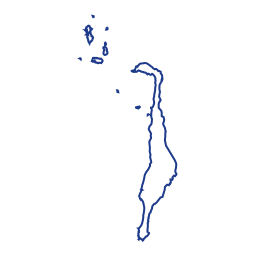 outline of Antique, Antique, Philippines
{"feature_id": "2640588B32523752073662", "entity_name": "Antique", "entity_type": "district", "adm_level": 2, "iso_a3": "PHL", "parent_name": "Philippines", "parent_adm1": "Antique", "projection": "equal_earth", "projection_center": [121.674, 11.308], "detail": "fine", "context": "isolated", "style": "outline", "palette": "blue", "viewbox_px": 256, "rotation_deg": 0, "n_neighbors": 0, "source": "geoboundaries", "source_scale": "gbopen_adm2", "svg_char_len": 5599}
<svg xmlns="http://www.w3.org/2000/svg" viewBox="0 0 256 256"><path d="M131.7,70.9L131.8,71.2L132.8,71.7L134.3,72.0L135.5,71.8L135.8,71.6L136.6,71.8L137.5,71.3L137.7,70.8L138.6,70.4L139.4,70.9L139.8,70.8L140.9,71.3L141.4,71.8L143.0,71.9L144.1,72.5L145.0,72.4L146.1,73.1L147.4,74.4L147.7,74.2L148.1,73.7L148.4,73.6L150.5,74.9L151.3,74.6L151.9,73.9L152.3,73.9L153.0,74.4L154.1,75.6L155.1,77.3L155.5,78.8L155.3,79.5L155.6,81.0L155.1,82.6L155.6,84.3L155.6,85.8L155.2,87.6L155.1,90.7L154.8,91.5L154.8,92.6L154.3,94.1L154.2,96.3L153.5,99.0L154.1,101.8L154.1,103.5L153.0,106.7L151.7,107.8L151.0,107.7L151.0,108.1L151.6,108.8L151.8,110.3L150.9,115.1L151.1,115.2L150.9,115.4L152.0,119.4L151.6,123.2L151.2,124.4L149.6,126.2L148.7,129.0L149.1,130.0L151.1,133.7L150.7,135.6L151.1,138.1L149.4,141.3L149.5,142.2L149.3,142.6L149.9,147.6L149.7,151.6L150.5,154.6L150.1,157.3L150.5,158.6L151.3,162.3L149.9,164.2L150.0,165.9L149.7,166.6L148.1,169.6L146.1,172.3L144.8,174.9L143.9,179.5L142.9,183.4L142.2,185.1L142.1,186.2L141.3,189.5L141.5,189.6L141.3,189.7L141.5,189.9L141.2,189.8L141.2,190.1L141.5,190.2L141.2,190.3L141.0,191.7L140.0,193.5L139.5,195.2L139.1,195.9L140.1,198.8L140.5,199.3L140.6,198.9L141.3,199.2L143.1,201.9L144.2,207.0L144.3,208.4L143.9,212.3L143.2,215.8L143.3,217.3L142.9,219.8L142.3,222.7L141.4,225.1L140.5,226.4L139.3,227.9L139.1,228.3L138.3,228.4L138.7,228.8L138.7,229.7L139.0,230.7L139.0,231.4L138.6,231.5L138.5,231.9L138.8,232.6L138.3,233.3L138.5,234.1L138.1,235.6L138.6,235.7L138.9,236.5L138.7,237.1L139.3,237.8L140.2,238.2L141.1,239.1L142.8,239.7L142.4,240.2L142.6,240.6L143.1,240.3L142.9,239.7L143.3,239.5L143.4,239.1L144.4,238.6L144.9,237.6L145.8,237.0L146.1,236.4L147.3,236.0L149.1,233.4L149.1,233.1L147.5,231.9L147.4,230.6L147.9,225.9L147.7,223.3L147.9,223.3L148.0,222.7L148.4,221.4L148.0,220.8L148.2,220.4L148.1,220.1L148.4,219.1L148.4,217.8L148.7,217.8L149.1,214.9L149.5,213.5L150.6,212.4L150.6,211.6L150.9,211.2L151.0,210.5L151.9,209.0L152.3,206.3L154.1,203.9L155.0,203.9L157.0,202.0L160.5,197.5L162.5,196.9L164.8,189.3L164.9,187.0L167.1,184.7L168.9,185.2L169.8,183.6L170.2,183.8L170.7,182.7L170.8,181.8L170.5,179.5L172.3,179.8L172.8,178.5L172.4,177.9L172.5,177.5L173.8,175.7L174.9,176.1L175.0,175.7L175.4,175.7L176.3,174.7L176.4,173.7L175.7,172.8L175.3,171.6L175.5,169.5L175.9,168.2L176.3,164.5L175.9,162.8L174.9,160.4L166.0,145.6L164.9,140.1L165.3,136.4L165.3,132.4L165.8,131.6L165.3,130.3L165.2,129.1L164.9,127.8L163.4,124.9L163.2,123.6L163.2,123.1L163.5,122.6L164.0,120.9L164.2,119.5L163.5,117.0L162.1,116.4L161.7,116.1L161.7,112.3L161.2,110.7L158.7,107.8L158.7,104.4L158.8,103.2L159.6,101.4L159.9,101.5L160.3,100.8L160.6,99.9L159.1,96.6L159.5,93.9L160.0,91.9L159.7,90.9L159.4,89.0L159.4,87.7L159.5,87.4L159.4,86.2L159.8,84.4L162.0,80.7L162.4,79.4L162.3,78.2L161.9,78.5L162.3,76.8L161.9,74.8L161.3,74.3L161.1,73.7L160.6,73.0L160.7,71.8L159.2,70.9L158.4,71.1L158.1,70.9L157.3,69.8L156.3,69.0L155.6,69.0L154.8,69.3L153.2,68.3L152.1,67.1L148.3,64.3L146.9,63.4L145.3,63.0L140.0,63.7L138.0,65.7L137.5,66.8L136.6,66.3L136.2,66.4L134.9,70.0L131.7,70.9ZM88.8,25.7L88.3,26.1L87.8,26.0L86.9,27.1L86.4,27.0L86.2,26.5L86.3,28.2L85.9,28.5L85.8,29.0L86.1,29.2L86.3,28.7L86.5,29.0L86.0,29.5L86.0,29.3L85.8,29.3L85.8,29.5L85.7,29.3L85.7,30.3L85.4,30.3L85.8,30.6L85.3,30.5L85.8,31.0L86.0,30.7L85.8,30.4L85.9,30.2L86.0,30.5L86.1,30.3L86.1,30.9L86.8,31.0L87.0,30.8L87.2,33.0L87.4,32.9L88.0,31.7L88.0,32.2L88.8,32.6L88.8,33.4L88.4,33.9L87.8,34.0L87.9,34.4L87.6,34.2L87.3,34.5L86.8,34.3L86.8,34.6L86.3,34.5L86.2,34.6L87.2,34.7L87.1,35.0L87.4,35.9L87.1,37.5L87.3,37.7L87.5,37.6L87.7,37.9L87.7,38.8L88.1,39.2L88.1,40.3L88.4,40.8L88.4,41.6L89.5,43.5L89.6,43.0L90.6,41.9L90.7,41.4L91.3,41.4L91.7,40.9L91.8,40.4L92.3,40.1L92.7,38.5L92.9,38.3L93.1,37.8L92.7,36.7L92.2,36.2L91.7,36.5L91.5,36.4L91.3,35.0L91.0,34.7L90.9,34.6L90.4,31.7L90.2,31.5L90.0,32.1L89.8,32.0L90.2,30.8L90.2,31.4L90.3,30.8L90.8,31.4L91.0,31.5L90.4,30.7L90.7,30.0L91.0,29.8L91.1,29.1L91.7,29.4L91.9,29.1L91.2,29.0L91.0,28.7L91.1,28.3L89.9,27.8L90.0,27.3L89.6,26.2L88.8,25.7ZM96.2,57.9L94.4,57.9L94.3,58.2L93.6,57.8L93.0,57.9L92.4,59.8L92.6,60.2L92.3,60.2L92.0,60.7L91.7,61.5L91.8,62.0L91.8,61.8L91.9,61.7L92.8,61.7L92.9,61.4L93.7,61.3L94.1,61.1L93.9,61.6L94.1,61.8L94.7,62.0L94.9,61.6L95.3,61.5L95.5,61.6L95.5,62.5L97.2,62.7L97.3,63.0L97.8,63.2L98.3,63.2L98.6,62.9L99.2,62.7L101.2,63.1L101.6,62.3L102.1,62.2L102.6,61.0L102.6,60.5L101.7,59.4L101.2,59.2L101.0,58.7L99.6,58.8L99.3,58.5L99.0,58.6L97.9,58.3L97.5,58.4L97.3,58.3L97.2,58.0L96.6,57.9L96.5,58.1L96.2,57.9ZM104.8,46.5L104.6,46.8L103.5,47.2L103.3,47.8L103.4,48.5L103.9,48.8L104.2,49.5L103.5,52.7L103.5,53.7L104.0,54.5L104.8,55.0L106.6,54.4L107.5,53.2L107.3,51.6L106.7,50.9L106.5,50.2L106.6,49.8L106.9,49.7L106.8,49.0L106.1,47.7L105.2,46.9L105.3,46.7L105.2,46.8L104.8,46.5ZM139.3,106.5L136.0,107.3L136.0,107.5L136.2,107.9L138.4,108.5L139.8,107.2L139.7,106.7L139.3,106.5ZM107.1,27.7L106.6,28.1L106.2,29.6L107.1,29.5L107.6,29.1L107.6,28.2L107.1,27.7ZM105.4,42.6L105.1,42.7L105.0,43.5L105.1,43.8L105.1,44.5L104.9,44.7L105.1,45.3L105.4,44.5L106.0,44.5L106.1,44.1L106.0,43.7L105.4,42.6ZM117.1,90.3L117.6,91.5L117.5,92.0L118.3,92.2L118.2,91.4L118.0,90.9L117.5,90.3L117.1,90.3ZM93.8,15.4L93.6,16.1L92.6,15.9L93.1,17.1L93.6,17.1L93.7,16.8L93.8,15.4ZM80.1,58.2L79.6,58.5L80.2,58.7L80.8,59.4L80.9,59.1L80.7,58.7L80.1,58.2ZM148.5,114.2L147.7,114.5L147.7,115.2L148.0,115.0L148.3,114.6L148.8,114.5L148.5,114.2ZM138.8,238.9L138.5,239.3L138.8,239.6L139.1,239.1L138.8,238.9ZM86.7,31.8L86.4,32.0L86.5,32.3L86.9,32.4L86.8,32.0L86.9,31.9L86.7,31.8Z" fill="none" stroke="#1e3a8a" stroke-width="2"/></svg>